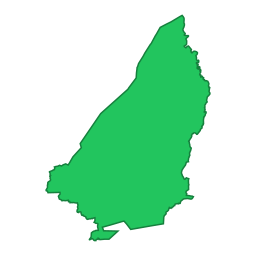 Binga, Matabeleland North, Zimbabwe (Natural Earth projection)
{"feature_id": "62879985B54181646880786", "entity_name": "Binga", "entity_type": "district", "adm_level": 2, "iso_a3": "ZWE", "parent_name": "Zimbabwe", "parent_adm1": "Matabeleland North", "projection": "natural_earth1", "projection_center": [27.771, -17.692], "detail": "fine", "context": "isolated", "style": "filled", "palette": "green", "viewbox_px": 256, "rotation_deg": 0, "n_neighbors": 0, "source": "geoboundaries", "source_scale": "gbopen_adm2", "svg_char_len": 5756}
<svg xmlns="http://www.w3.org/2000/svg" viewBox="0 0 256 256"><path d="M209.8,87.8L209.6,87.5L209.4,87.7L208.9,87.6L208.8,86.9L208.6,86.5L208.5,85.5L208.9,83.9L208.7,83.1L208.2,82.2L207.9,81.4L207.4,81.1L206.4,80.7L205.1,80.8L204.9,80.6L204.5,79.7L203.9,79.7L203.5,79.6L203.2,79.2L203.1,78.8L203.3,78.4L203.7,78.0L203.7,77.8L202.7,77.2L202.1,76.3L201.8,76.0L201.6,76.0L201.1,76.6L201.0,77.1L200.8,77.1L200.6,75.9L200.6,74.9L199.9,74.9L199.7,74.8L199.9,74.0L199.9,73.4L200.6,72.4L200.7,71.9L200.7,71.4L200.4,71.5L200.2,71.1L199.8,70.9L200.0,70.2L200.7,70.1L200.5,69.4L199.9,69.0L199.1,69.0L198.4,69.1L198.1,68.6L197.5,68.7L197.2,68.4L197.2,67.3L197.7,66.9L198.0,67.0L197.8,67.6L198.2,68.0L198.6,68.0L198.9,67.5L199.3,67.8L199.5,67.8L199.5,67.6L199.8,67.5L199.7,66.9L197.3,65.9L197.3,65.6L198.1,64.7L198.1,64.4L197.3,64.0L196.7,63.9L196.4,63.0L196.4,62.7L196.6,62.5L198.4,62.5L198.6,62.3L198.8,61.8L198.6,61.1L198.7,60.5L198.5,60.3L198.3,60.2L197.6,60.6L196.7,60.0L196.4,59.4L196.5,57.7L195.9,55.5L196.9,54.6L197.3,53.8L197.5,52.9L197.3,52.5L196.8,52.0L196.3,51.7L195.1,51.3L194.3,51.2L193.7,51.3L193.2,51.6L192.1,52.8L191.7,52.8L191.3,52.4L191.1,51.2L190.7,50.9L190.8,50.5L191.4,49.9L191.4,49.5L188.8,46.4L188.4,46.0L187.9,46.1L186.9,46.7L186.1,47.7L185.9,47.8L185.4,47.3L184.5,46.8L184.2,46.4L184.2,46.1L184.3,45.9L186.1,44.9L186.6,44.1L186.7,40.9L186.0,39.2L186.0,38.7L186.6,38.0L188.0,36.8L188.4,36.3L188.5,36.0L188.2,35.6L186.1,35.6L184.6,35.3L184.3,35.1L184.4,34.7L185.0,34.1L185.2,33.7L185.0,33.2L184.2,32.5L183.0,30.3L182.9,29.7L183.3,28.2L183.7,27.6L184.4,25.3L184.4,23.9L184.1,23.6L183.9,22.2L184.1,19.7L184.0,18.1L183.2,16.7L182.1,15.4L179.7,16.7L171.0,21.9L166.3,24.2L160.2,27.4L156.5,34.0L155.4,35.7L151.1,43.7L150.5,44.2L144.9,53.0L143.2,56.2L138.6,63.5L137.6,66.7L137.1,67.4L136.9,69.6L136.5,72.7L136.2,77.7L136.0,78.2L128.8,87.8L128.1,89.0L127.3,89.8L100.7,113.6L80.2,143.6L81.3,147.7L73.0,156.8L69.2,163.4L68.1,165.0L65.7,163.9L63.2,164.8L61.5,166.0L59.6,165.3L57.8,166.2L55.8,166.5L54.4,167.0L54.7,167.5L54.8,168.0L54.5,168.7L54.4,169.5L54.1,169.8L53.1,170.0L52.4,170.6L49.5,171.7L49.5,172.2L50.1,173.1L50.1,174.8L50.6,175.4L49.8,176.1L49.8,176.3L50.3,176.8L50.1,178.4L50.5,179.2L50.5,180.2L50.2,180.7L48.3,181.9L47.8,182.7L47.7,183.2L47.9,184.1L47.4,185.1L47.5,187.0L47.3,188.0L46.1,189.9L46.1,190.3L46.2,190.7L46.5,190.9L47.2,191.0L47.5,191.2L48.0,192.7L60.0,192.4L60.1,194.0L58.4,196.2L59.3,199.0L61.5,200.0L62.0,200.8L62.9,200.5L63.4,200.5L65.7,200.7L68.3,200.2L68.4,200.5L68.3,200.9L68.5,201.7L69.6,201.5L70.1,202.8L70.8,202.5L72.1,202.7L73.2,202.5L76.3,203.0L77.4,202.9L77.7,204.3L78.0,204.8L77.9,205.7L77.5,206.8L77.6,207.5L77.9,208.1L78.0,208.5L77.9,208.9L77.2,209.9L77.2,210.3L77.0,211.0L77.1,211.8L77.6,212.3L78.2,212.1L78.6,212.4L78.7,212.1L80.1,211.8L80.7,211.9L81.0,212.4L81.1,213.4L81.7,215.1L82.1,215.3L82.9,215.1L83.1,215.1L83.3,215.8L85.5,216.7L85.8,216.9L86.0,217.9L86.9,219.1L87.4,219.3L87.9,219.3L88.9,218.9L90.7,218.8L91.6,218.4L91.9,218.4L92.2,218.7L92.8,218.3L94.9,217.7L95.0,220.6L94.1,222.4L95.0,222.7L95.8,223.3L97.1,223.4L97.8,223.6L97.9,224.6L97.6,225.6L97.6,227.0L98.2,229.1L98.1,229.6L98.3,230.4L95.9,230.4L95.1,230.9L94.0,231.1L93.0,231.6L91.4,232.9L91.2,236.0L91.0,237.3L89.4,239.4L89.5,239.7L90.4,239.5L91.9,238.7L92.4,238.7L93.7,239.8L93.9,240.3L94.5,240.6L95.9,240.6L96.1,239.7L96.6,239.4L97.0,239.2L97.8,239.2L98.1,239.4L98.3,239.2L98.1,238.2L98.4,238.2L98.9,238.5L99.8,239.6L104.6,239.2L109.0,239.2L117.9,231.1L103.6,230.8L102.4,227.2L110.3,225.0L121.9,221.6L124.0,221.1L126.6,224.0L130.7,229.4L151.3,225.8L163.4,223.8L163.8,217.0L164.3,215.7L165.8,214.2L166.1,213.8L166.1,213.5L165.9,212.6L166.0,212.3L166.4,211.8L167.4,211.3L168.5,210.1L168.7,209.5L168.8,208.7L169.0,208.1L169.4,207.9L169.6,208.3L169.6,207.9L169.8,208.1L170.3,207.8L171.0,208.3L171.4,207.9L171.6,207.6L172.0,207.7L172.4,207.1L173.2,206.7L173.6,206.1L173.9,205.8L174.4,205.6L174.7,205.6L175.0,204.3L175.5,204.0L177.4,203.6L178.1,203.9L178.5,203.8L178.9,203.2L179.6,203.5L179.9,203.5L180.2,203.3L180.7,201.3L183.6,198.9L187.5,198.5L191.0,199.1L191.9,198.8L192.9,197.6L193.3,196.7L192.9,196.7L192.4,196.2L190.6,196.0L189.0,195.6L186.4,195.4L186.8,193.7L185.9,192.7L186.2,191.2L188.6,189.5L188.5,185.5L188.9,184.9L188.5,183.5L188.4,180.4L188.8,178.7L187.4,178.3L186.3,177.8L184.9,179.3L184.0,178.9L183.5,177.3L182.5,176.1L182.5,175.8L181.4,173.0L181.9,170.4L183.2,168.2L185.5,165.0L186.3,162.3L186.6,162.1L188.5,161.7L188.2,160.6L188.5,159.4L188.6,158.2L189.1,157.2L189.1,156.6L189.8,155.5L189.5,152.9L189.6,152.7L189.9,152.4L190.0,151.6L190.6,150.8L190.6,150.3L190.8,149.9L191.2,148.2L190.9,147.6L190.4,147.3L189.9,146.3L189.7,144.2L189.4,143.5L189.2,141.8L188.7,141.4L189.1,140.5L189.4,140.4L190.1,139.1L190.7,138.3L190.9,137.8L191.1,137.7L191.4,137.1L191.8,136.0L191.7,135.4L191.5,135.2L191.8,134.9L192.4,133.7L192.7,133.5L193.2,133.6L193.8,132.9L194.1,132.8L194.7,132.8L195.6,133.2L196.2,133.7L196.7,134.3L197.3,134.2L199.8,131.1L200.3,130.3L200.4,129.4L200.6,129.1L201.8,128.3L202.1,127.1L201.7,126.5L201.7,126.2L202.3,125.9L202.7,125.4L202.9,125.2L202.9,124.8L203.3,124.4L203.1,123.9L203.5,123.6L203.6,123.2L203.4,121.8L203.5,121.4L203.4,120.1L203.7,118.6L203.7,117.4L204.1,117.0L204.1,116.7L204.4,116.7L204.6,116.1L205.0,115.6L205.2,115.1L205.4,114.0L205.9,113.4L206.1,112.5L206.1,112.0L205.8,111.8L205.5,111.9L204.8,111.7L204.3,112.1L204.2,112.0L205.1,109.9L204.8,109.4L205.0,109.1L204.9,108.8L204.8,108.3L204.5,107.9L204.5,107.6L205.0,107.1L204.8,106.1L204.9,105.0L205.6,104.1L205.9,103.1L206.8,102.4L207.1,102.0L207.1,101.7L206.6,100.5L206.6,99.8L206.9,99.0L207.2,97.2L207.6,96.5L208.6,95.7L209.9,94.0L209.9,93.0L209.1,91.6L209.0,91.1L209.2,90.7L209.5,88.1L209.8,87.8Z" fill="#22c55e" stroke="#15803d" stroke-width="1.5"/></svg>